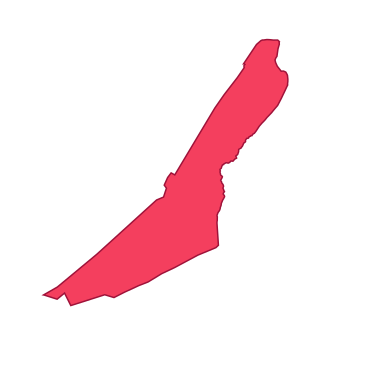 Santa María Yolotepec, Oaxaca, Mexico, rotated 128°
{"feature_id": "50627088B13897730718633", "entity_name": "Santa María Yolotepec", "entity_type": "district", "adm_level": 2, "iso_a3": "MEX", "parent_name": "Mexico", "parent_adm1": "Oaxaca", "projection": "orthographic", "projection_center": [-97.477, 16.884], "detail": "fine", "context": "isolated", "style": "filled", "palette": "rose", "viewbox_px": 384, "rotation_deg": 128, "n_neighbors": 0, "source": "geoboundaries", "source_scale": "gbopen_adm2", "svg_char_len": 2469}
<svg xmlns="http://www.w3.org/2000/svg" viewBox="0 0 384 384"><g transform="rotate(128 192 192)"><path d="M298.5,176.3L289.9,171.2L275.0,165.6L262.3,159.2L238.3,148.6L221.1,138.9L217.7,138.4L201.0,153.3L199.5,154.3L199.0,154.5L197.0,156.0L195.9,156.8L195.5,157.5L194.8,158.0L193.8,158.3L192.3,158.8L191.1,158.9L190.0,158.9L189.1,159.1L187.9,159.5L186.7,160.2L185.4,160.6L184.3,161.0L183.1,161.8L181.3,162.3L180.3,162.6L179.1,162.9L177.7,163.0L176.7,163.3L175.7,163.4L175.1,164.0L174.8,164.6L174.6,165.6L174.4,166.1L173.8,166.5L172.6,166.7L171.9,166.6L171.5,166.8L171.4,167.8L170.9,168.2L169.9,170.0L168.0,170.7L167.3,171.6L166.8,172.8L166.6,173.9L166.2,174.5L165.8,174.9L165.5,175.8L165.0,176.7L163.9,176.8L162.8,177.0L162.0,177.2L161.3,177.4L161.0,178.2L161.0,179.7L160.8,180.2L160.1,180.8L159.7,181.4L159.2,182.1L158.4,182.6L158.0,182.6L157.3,183.7L156.7,183.9L156.1,183.7L155.2,183.6L154.6,183.8L153.7,184.3L152.7,184.4L152.2,184.7L151.5,184.5L151.0,184.0L150.4,184.2L149.6,183.8L148.4,183.4L147.6,182.7L147.0,181.3L145.5,180.5L143.9,180.5L143.2,179.8L142.9,179.3L142.5,178.7L140.8,178.6L139.6,178.5L138.8,178.1L137.9,177.7L137.3,178.4L136.9,179.4L136.1,179.7L135.1,179.2L133.9,179.2L133.0,179.6L132.0,179.9L130.9,180.5L129.8,181.4L129.2,181.3L128.1,180.8L127.3,180.4L126.5,180.5L125.6,180.5L124.7,180.5L123.2,180.9L122.2,181.2L121.4,181.3L120.9,181.1L120.2,180.9L119.4,180.8L119.0,181.1L118.4,181.6L117.7,181.9L116.5,181.8L115.9,181.8L115.2,180.9L114.5,180.7L113.8,181.0L112.8,180.7L112.1,180.3L111.4,180.3L111.1,180.0L110.8,179.5L109.3,179.6L108.7,179.6L107.3,179.0L104.7,179.0L98.7,179.5L96.7,179.4L94.7,179.3L92.3,179.0L90.0,178.8L87.2,178.8L80.5,178.1L78.5,178.1L75.4,178.0L71.1,177.8L63.0,179.3L59.5,180.1L56.2,180.8L52.7,181.6L50.2,182.2L48.7,182.5L48.4,183.0L45.8,184.6L44.1,185.9L41.3,188.6L40.7,189.7L39.8,191.8L40.0,193.0L40.4,194.4L41.9,196.1L40.4,202.2L38.5,205.8L36.8,207.9L34.6,208.5L32.8,208.6L26.2,212.4L22.0,214.1L21.9,214.1L20.2,215.6L19.8,215.6L19.6,216.7L19.5,218.0L22.2,221.4L24.1,224.5L25.8,226.9L28.0,229.0L29.0,230.2L30.3,230.9L36.0,232.0L59.1,230.3L59.0,230.2L58.8,229.4L58.9,228.8L60.3,228.9L61.6,227.9L61.8,227.4L62.1,227.4L74.0,226.7L95.3,226.6L111.7,225.7L189.1,216.1L189.8,220.2L195.6,220.1L203.7,218.1L204.7,214.5L213.5,211.3L220.1,215.0L299.8,228.7L349.8,239.6L364.5,245.6L364.2,245.0L359.5,232.3L350.1,230.2L356.1,217.6L326.7,197.5L323.2,188.5L312.5,183.5L298.5,176.3Z" fill="#f43f5e" stroke="#9f1239" stroke-width="1.5"/></g></svg>